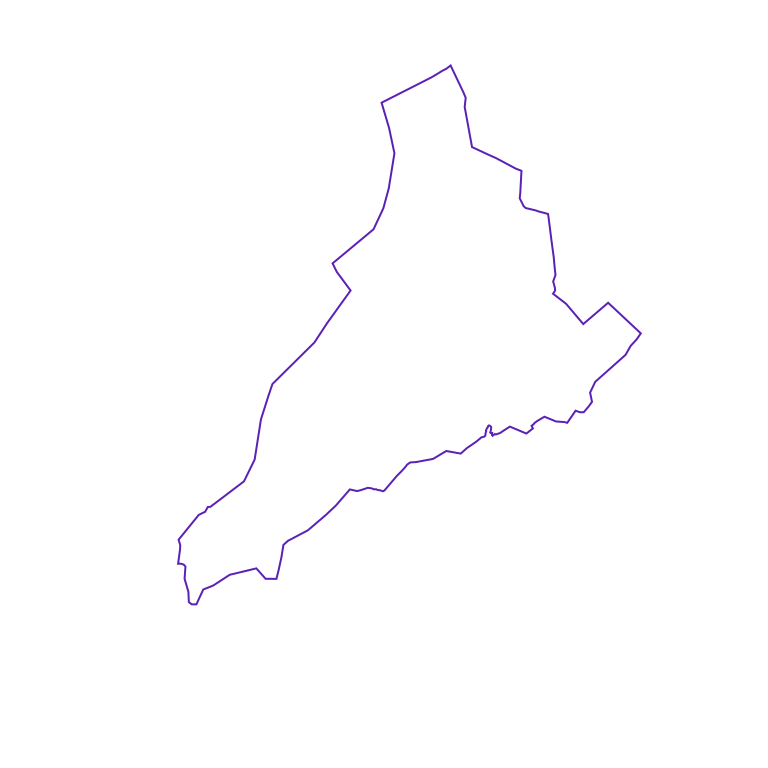 Bakura, Zamfara, Nigeria, rotated 38°
{"feature_id": "59680162B24502748844916", "entity_name": "Bakura", "entity_type": "district", "adm_level": 2, "iso_a3": "NGA", "parent_name": "Nigeria", "parent_adm1": "Zamfara", "projection": "equal_earth", "projection_center": [5.913, 12.562], "detail": "fine", "context": "isolated", "style": "outline", "palette": "violet", "viewbox_px": 768, "rotation_deg": 38, "n_neighbors": 0, "source": "geoboundaries", "source_scale": "gbopen_adm2", "svg_char_len": 2275}
<svg xmlns="http://www.w3.org/2000/svg" viewBox="0 0 768 768"><g transform="rotate(38 384 384)"><path d="M318.0,633.2L322.5,636.3L325.0,639.7L332.4,652.4L334.3,650.8L337.3,649.6L339.9,650.1L340.0,650.2L346.8,660.3L357.7,668.1L364.5,676.0L368.1,676.0L371.8,673.1L368.1,657.2L373.5,647.9L379.9,629.3L396.9,607.9L410.6,610.4L419.2,603.8L415.8,596.1L409.9,583.8L403.8,572.7L404.9,566.6L414.1,546.1L418.8,523.0L420.9,509.5L422.0,488.1L428.8,484.9L431.2,481.7L432.0,480.5L433.9,477.7L435.1,475.8L437.1,474.6L438.6,473.8L441.1,473.1L442.5,471.8L444.0,471.5L446.5,470.1L449.2,469.2L449.9,467.6L450.2,460.5L450.7,448.6L451.5,441.9L451.9,436.7L451.9,433.1L453.0,429.6L457.1,426.0L468.8,412.8L474.3,398.5L487.3,391.6L488.8,383.4L492.3,372.3L493.6,366.1L495.5,363.6L495.6,362.6L495.3,361.7L494.9,361.0L494.5,360.5L494.3,360.1L494.1,359.5L494.0,359.2L493.8,358.9L493.7,358.7L493.6,358.3L493.4,358.2L493.1,358.1L492.8,357.2L492.6,356.3L492.3,355.3L492.5,354.3L491.9,352.9L492.2,352.0L492.8,351.8L493.6,351.7L494.9,351.9L495.9,353.2L497.0,355.3L497.6,356.9L498.5,356.9L499.4,356.0L499.6,356.4L500.0,357.0L500.6,357.8L501.5,357.9L501.8,356.7L502.0,355.8L502.2,355.1L503.1,354.9L504.0,353.8L504.7,352.5L505.5,351.6L507.1,346.7L509.4,340.1L515.2,338.5L526.7,335.4L528.7,327.3L526.1,326.2L526.6,323.7L526.7,323.4L526.6,322.2L527.6,318.6L530.6,311.0L542.6,307.6L549.8,302.8L552.3,301.8L552.2,300.5L552.0,296.2L551.4,287.1L555.9,285.6L558.8,283.2L559.1,275.6L558.9,270.0L551.7,263.9L549.1,252.2L556.4,212.3L554.9,202.1L555.6,193.6L555.2,186.0L510.6,182.0L504.1,214.1L478.2,208.7L461.6,208.8L461.4,205.2L459.7,203.2L455.9,200.3L454.2,199.1L452.0,192.5L447.6,188.0L439.4,179.3L427.6,167.8L411.7,152.0L408.6,149.0L404.3,150.8L399.3,153.0L396.7,153.8L393.2,155.4L389.7,157.0L387.4,158.1L384.6,157.9L376.6,154.1L374.0,149.9L361.1,131.4L359.6,131.8L355.5,133.1L332.8,137.1L326.1,138.8L307.5,143.1L277.0,116.0L272.2,108.2L267.6,105.6L240.4,92.0L239.0,97.3L237.1,101.3L235.0,107.0L232.7,112.9L208.9,163.8L230.6,179.3L250.2,195.8L267.3,226.9L275.3,245.9L280.5,268.5L269.2,320.6L277.7,324.7L300.1,330.9L301.7,371.1L303.6,394.2L296.1,452.7L300.3,464.7L308.8,487.6L328.6,523.2L333.6,546.9L322.8,587.7L320.9,589.4L321.7,594.8L318.6,601.2L318.0,633.2Z" fill="none" stroke="#5b21b6" stroke-width="2"/></g></svg>